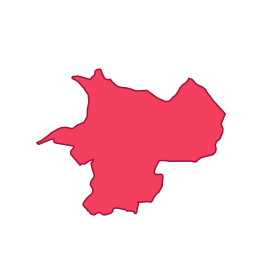 map outline of Taraba (Albers equal-area conic projection), rotated 50°
{"feature_id": "NGA-2848", "entity_name": "Taraba", "entity_type": "State", "adm_level": 1, "iso_a3": "NGA", "parent_name": "Nigeria", "parent_adm1": "", "projection": "albers", "projection_center": [10.823, 8.016], "detail": "fine", "context": "isolated", "style": "filled", "palette": "rose", "viewbox_px": 256, "rotation_deg": 50, "n_neighbors": 0, "source": "natural_earth", "source_scale": "10m", "svg_char_len": 2805}
<svg xmlns="http://www.w3.org/2000/svg" viewBox="0 0 256 256"><g transform="rotate(50 128 128)"><path d="M199.6,157.8L196.5,160.8L193.3,165.7L192.2,166.7L191.3,167.4L190.9,167.9L191.2,168.2L192.4,168.4L193.2,169.1L195.8,172.9L197.8,175.1L198.5,176.4L198.0,177.6L197.5,177.8L197.1,177.7L196.6,177.5L196.0,177.4L195.3,177.7L194.7,178.0L192.5,180.1L191.7,180.6L191.5,181.1L191.4,181.6L191.1,182.0L190.8,182.1L189.9,182.2L189.4,182.3L188.8,182.2L188.6,182.3L188.4,182.6L188.2,183.3L188.0,183.5L184.9,185.5L181.7,188.5L180.8,189.8L180.5,191.2L180.8,192.0L182.0,193.3L182.2,194.3L182.1,195.7L181.7,197.1L180.2,200.7L179.0,202.4L177.6,203.2L175.5,203.5L174.1,204.6L173.3,206.4L173.0,208.6L172.7,209.8L171.6,210.8L170.3,211.4L169.0,211.7L168.4,211.7L167.2,211.4L166.7,211.4L166.5,211.5L165.9,212.0L165.6,212.1L165.2,212.1L164.6,211.7L164.3,211.6L162.8,211.8L159.5,212.1L158.1,211.9L157.2,211.1L156.2,208.6L155.3,204.5L155.2,202.4L155.2,200.3L155.1,197.8L154.1,195.7L152.3,194.3L147.4,193.4L145.7,191.7L144.6,189.3L144.1,186.9L143.3,184.8L141.5,183.6L137.2,182.0L133.5,180.1L132.1,179.6L131.2,178.8L130.9,176.2L129.9,175.0L129.2,176.5L128.5,178.4L128.1,180.4L127.8,184.4L127.5,184.6L127.2,184.7L126.9,184.9L126.3,185.8L125.8,186.5L125.6,187.4L125.6,188.6L112.0,188.7L110.6,188.3L109.5,187.4L108.9,186.4L108.2,182.5L107.7,181.6L107.0,181.5L105.8,182.2L92.9,193.1L91.6,193.6L90.6,193.3L89.6,192.8L88.3,192.7L87.3,193.8L83.3,206.5L83.2,206.7L82.6,207.2L80.7,207.2L82.0,202.1L82.6,193.1L82.4,189.8L84.2,180.6L85.8,177.5L87.9,174.8L90.6,172.9L92.9,170.8L93.3,164.5L95.4,158.2L93.1,152.0L87.7,147.2L83.0,141.3L77.0,137.1L69.0,136.2L60.9,136.4L58.9,136.8L55.3,138.4L53.7,138.7L53.0,137.5L55.9,133.2L57.8,131.7L65.4,126.6L66.5,125.7L66.3,124.3L65.9,123.3L66.0,122.3L65.9,119.6L63.1,116.1L63.3,114.5L63.9,113.1L64.7,111.9L66.0,111.4L68.6,112.3L69.8,112.9L71.3,113.2L72.9,113.6L74.4,113.9L75.9,113.8L78.0,112.4L79.4,110.2L82.3,110.4L86.2,110.1L90.0,109.0L93.4,106.4L96.5,103.3L100.0,100.8L103.7,98.8L105.2,97.5L107.9,94.2L109.1,92.3L111.7,89.2L123.8,86.3L132.1,82.2L133.9,78.8L133.8,76.7L133.2,73.4L133.5,71.8L133.5,70.3L132.0,65.2L131.2,63.8L130.7,62.2L130.1,58.2L130.5,54.8L130.2,52.0L129.1,49.5L131.9,47.7L138.5,47.5L145.0,44.5L148.4,43.9L152.0,44.7L155.6,44.7L161.2,45.2L179.6,44.4L184.4,53.5L185.7,54.7L187.5,55.0L189.2,55.5L192.2,58.3L194.0,62.1L195.0,63.6L195.5,65.3L195.3,67.1L195.3,69.0L197.1,72.1L200.4,73.7L202.6,76.4L203.0,80.0L197.7,91.0L197.4,94.7L197.6,96.6L197.1,98.4L193.6,101.3L180.1,117.6L176.7,120.7L173.8,124.1L173.3,125.7L175.6,131.4L177.7,135.2L179.2,136.7L180.9,136.8L182.3,135.6L183.4,134.2L184.4,132.6L186.1,131.8L188.0,132.7L189.3,134.2L194.4,139.1L196.9,145.2L196.9,148.7L197.6,152.2L198.9,155.1L199.6,157.7L199.6,157.8L199.6,157.8Z" fill="#f43f5e" stroke="#9f1239" stroke-width="1.5"/></g></svg>